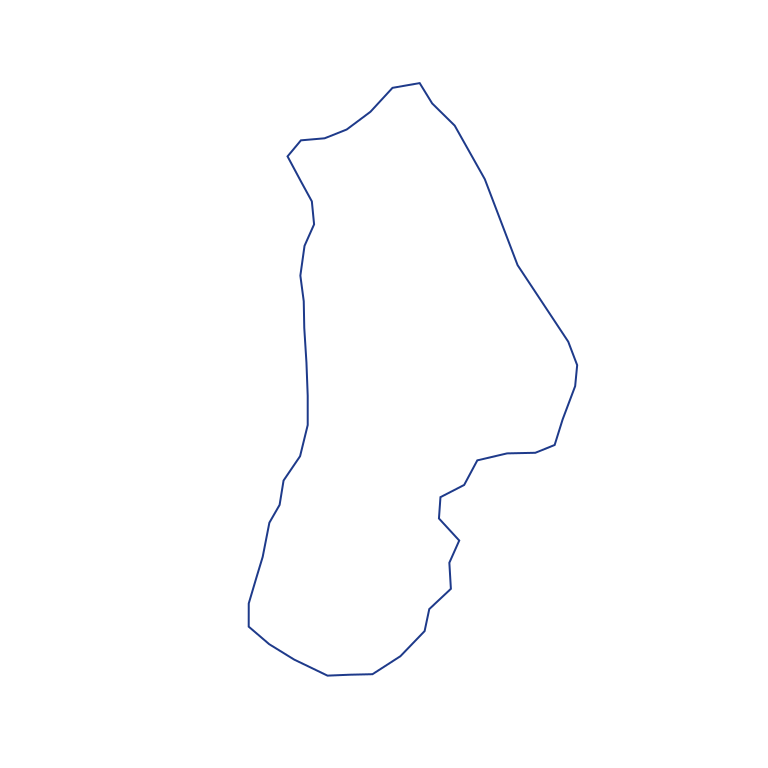 outline of Toritama, Pernambuco, Brazil, rotated 114°
{"feature_id": "56859067B57847263515517", "entity_name": "Toritama", "entity_type": "district", "adm_level": 2, "iso_a3": "BRA", "parent_name": "Brazil", "parent_adm1": "Pernambuco", "projection": "equal_earth", "projection_center": [-36.051, -8.001], "detail": "fine", "context": "isolated", "style": "outline", "palette": "blue", "viewbox_px": 768, "rotation_deg": 114, "n_neighbors": 0, "source": "geoboundaries", "source_scale": "gbopen_adm2", "svg_char_len": 789}
<svg xmlns="http://www.w3.org/2000/svg" viewBox="0 0 768 768"><g transform="rotate(114 384 384)"><path d="M653.8,276.5L626.0,258.3L593.2,246.4L571.2,251.1L543.9,239.6L520.7,251.6L496.4,251.6L484.5,279.1L464.4,286.4L443.6,269.7L415.8,267.7L397.3,243.3L385.3,217.8L370.3,203.3L343.7,206.4L308.2,208.5L288.2,215.2L270.4,232.9L221.1,310.3L155.9,375.2L119.2,424.5L108.1,454.1L94.6,473.8L110.0,496.7L140.8,507.1L166.7,521.6L183.7,538.2L195.2,559.0L215.3,564.7L233.0,541.9L246.5,524.2L266.6,512.8L290.1,512.8L319.0,504.5L341.0,491.0L365.3,479.6L396.1,463.5L425.8,448.9L452.5,437.0L484.1,431.3L513.0,436.5L536.9,430.2L557.3,432.3L591.3,424.5L612.1,421.9L639.5,418.3L660.7,408.9L668.4,383.0L672.3,353.9L673.4,317.0L663.4,296.8L653.8,276.5Z" fill="none" stroke="#1e3a8a" stroke-width="2"/></g></svg>